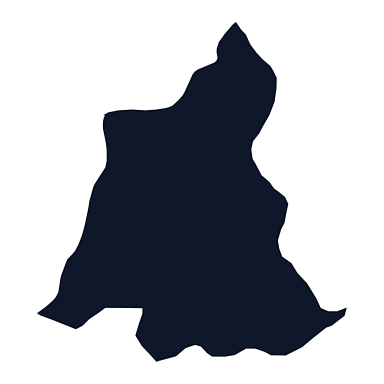 Hochon, Hamgyŏng-namdo, North Korea
{"feature_id": "82179303B14875494019042", "entity_name": "Hochon", "entity_type": "district", "adm_level": 2, "iso_a3": "PRK", "parent_name": "North Korea", "parent_adm1": "Hamgyŏng-namdo", "projection": "robinson", "projection_center": [128.612, 40.869], "detail": "fine", "context": "isolated", "style": "filled", "palette": "ink", "viewbox_px": 384, "rotation_deg": 0, "n_neighbors": 0, "source": "geoboundaries", "source_scale": "gbopen_adm2", "svg_char_len": 1666}
<svg xmlns="http://www.w3.org/2000/svg" viewBox="0 0 384 384"><path d="M103.7,127.0L103.8,129.0L106.5,142.4L107.4,149.5L107.5,160.9L106.0,167.8L95.3,184.4L94.0,187.3L90.8,198.7L90.2,200.7L89.1,208.0L85.4,225.7L82.7,235.6L79.0,245.0L76.1,250.6L73.7,253.8L68.1,259.6L66.8,262.5L62.2,274.9L61.2,278.4L59.2,292.0L57.8,295.1L55.6,298.6L52.9,301.6L46.1,307.5L38.3,313.2L41.0,314.9L50.5,318.3L63.1,323.3L75.8,328.4L82.2,325.1L88.7,318.6L98.5,312.0L105.0,307.1L112.9,307.1L122.5,307.2L143.2,307.4L143.1,314.0L139.6,323.9L136.2,335.4L142.3,345.4L150.1,353.7L156.8,361.0L157.9,360.4L175.6,355.6L185.3,347.4L195.0,344.1L201.3,345.8L207.5,352.5L212.2,355.8L225.0,355.9L234.6,354.3L245.9,347.8L255.5,347.9L265.0,351.2L271.3,354.6L276.1,354.6L285.6,354.7L301.8,346.5L311.5,338.3L319.7,331.8L326.1,326.8L331.0,325.2L337.4,320.3L343.9,315.4L345.7,308.8L337.6,312.0L332.8,312.0L328.1,312.0L320.2,308.6L315.6,298.6L306.4,283.7L297.0,273.7L290.9,263.7L281.5,257.0L278.5,248.7L277.1,240.4L280.5,228.9L283.9,222.3L285.7,212.4L287.5,204.1L284.4,197.4L278.2,192.4L273.5,189.1L268.8,182.4L261.0,175.8L254.9,164.1L251.9,159.2L250.5,149.2L252.3,140.9L258.8,132.7L262.2,126.1L268.8,114.6L273.9,101.4L275.7,88.1L276.0,78.2L272.9,71.6L269.9,66.6L262.1,59.9L255.9,53.2L249.7,44.9L245.2,35.0L240.5,30.0L235.7,23.0L232.9,25.5L225.4,34.3L219.5,42.5L217.5,49.0L217.3,51.9L218.3,57.6L217.6,60.5L214.8,63.2L198.5,70.0L195.1,72.3L193.0,75.3L185.3,92.3L183.4,95.6L178.9,100.9L172.8,106.3L169.6,107.8L165.9,108.8L156.2,110.3L145.7,111.1L131.9,110.3L118.4,111.1L108.5,113.1L105.5,114.8L106.1,114.9L104.4,118.4L103.8,121.5L103.6,125.3L103.7,127.0Z" fill="#0f172a" stroke="#020617" stroke-width="1.5"/></svg>